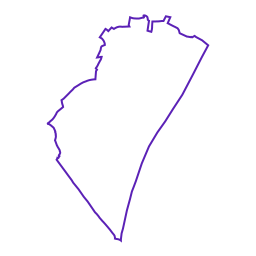 Suan, Atlántico, Colombia (Mercator projection)
{"feature_id": "7082276B14596703895103", "entity_name": "Suan", "entity_type": "district", "adm_level": 2, "iso_a3": "COL", "parent_name": "Colombia", "parent_adm1": "Atlántico", "projection": "mercator", "projection_center": [-74.923, 10.304], "detail": "fine", "context": "isolated", "style": "outline", "palette": "violet", "viewbox_px": 256, "rotation_deg": 0, "n_neighbors": 0, "source": "geoboundaries", "source_scale": "gbopen_adm2", "svg_char_len": 3675}
<svg xmlns="http://www.w3.org/2000/svg" viewBox="0 0 256 256"><path d="M100.7,49.3L100.6,49.9L100.4,50.4L98.9,53.7L98.8,53.9L97.1,57.5L97.9,57.4L98.7,57.3L99.4,57.2L100.2,57.0L100.8,56.9L101.6,56.9L101.2,58.4L100.9,59.3L100.6,59.9L100.2,60.5L99.6,61.6L98.8,63.1L98.1,64.4L97.8,65.2L97.2,66.2L96.9,66.8L96.3,67.5L95.8,68.3L97.0,69.7L96.3,70.6L96.0,71.3L95.4,79.3L93.8,79.4L91.5,79.7L89.4,80.1L87.2,80.8L86.3,81.2L83.3,82.3L80.7,83.7L78.7,85.0L74.3,87.7L72.7,89.6L70.2,92.0L68.9,93.4L65.6,96.7L63.6,98.7L61.5,100.2L61.7,101.0L61.8,101.5L61.9,102.3L62.1,103.2L62.2,103.6L62.4,104.4L62.7,105.2L62.9,105.9L63.0,106.6L63.1,107.0L62.9,107.2L58.0,111.2L57.5,111.7L56.9,112.4L56.5,113.2L56.0,114.3L55.5,115.1L55.0,116.0L54.6,116.6L53.8,117.8L53.4,118.3L53.0,118.8L52.3,119.6L51.6,120.2L51.1,120.6L50.3,121.3L50.0,121.5L49.7,121.9L49.4,122.2L49.0,122.5L48.4,122.8L48.1,123.1L47.8,123.4L47.8,123.7L47.9,123.9L48.1,124.0L48.3,124.0L48.5,124.0L49.1,124.2L49.5,124.4L49.8,124.6L50.2,124.9L50.8,125.3L51.5,125.9L53.6,127.7L54.7,130.0L54.8,130.2L54.8,130.3L54.9,130.5L55.0,130.8L55.0,131.0L55.1,131.3L55.2,131.5L55.2,131.8L55.3,131.8L55.3,132.0L55.4,132.3L55.4,132.5L55.5,133.0L55.6,133.3L55.6,133.5L55.6,133.8L55.7,134.0L55.7,134.3L55.7,134.5L55.8,134.5L55.8,134.8L55.8,135.0L55.8,135.3L55.8,135.5L55.9,135.8L55.9,136.0L55.9,136.3L55.9,136.5L55.8,137.2L55.7,137.9L55.5,138.6L55.2,139.7L55.0,140.3L55.3,141.0L56.8,145.1L56.9,145.5L57.3,146.0L57.5,146.5L57.8,147.1L58.4,148.0L58.9,148.9L59.3,149.5L59.7,150.4L59.8,150.9L59.8,151.3L60.0,151.7L60.1,152.0L60.2,152.8L60.1,153.2L59.9,153.5L59.8,153.9L59.7,154.1L59.5,154.4L59.4,154.6L59.0,155.0L58.9,155.3L58.8,155.5L58.8,156.0L59.0,156.3L59.3,156.4L59.0,156.9L58.0,157.8L57.9,157.8L58.1,158.1L57.1,158.8L56.6,159.7L63.3,168.8L65.9,172.3L68.0,175.2L71.7,180.2L73.2,182.7L78.5,189.2L83.7,196.7L87.7,201.6L91.6,207.3L95.0,212.3L96.9,214.2L97.5,215.0L97.8,215.3L98.8,216.6L99.6,217.8L102.8,221.5L103.0,221.6L105.5,224.4L109.9,229.6L112.3,232.8L113.3,234.0L114.1,235.0L114.6,235.9L114.7,236.5L115.1,238.2L115.0,238.6L116.1,238.9L118.1,239.2L119.8,239.8L120.9,240.6L120.9,239.3L121.6,233.4L123.0,228.5L126.9,210.4L130.0,199.1L131.9,191.5L133.7,186.9L135.8,181.3L141.8,163.4L149.0,146.4L157.4,132.4L165.2,121.4L173.0,109.0L182.3,94.8L193.2,74.0L201.7,57.4L208.2,45.3L202.1,40.3L196.0,37.0L194.6,35.9L192.2,37.3L191.2,36.9L190.9,37.2L188.1,36.7L187.5,36.6L187.4,36.6L187.0,36.6L180.1,33.4L179.9,33.3L179.7,33.2L179.5,32.6L179.1,31.0L178.6,29.7L177.6,28.3L177.1,28.0L176.3,27.6L175.2,27.0L173.3,26.1L169.6,24.2L169.1,23.9L167.7,23.2L170.3,17.2L165.9,16.3L164.7,18.6L164.3,19.4L163.5,21.0L161.8,21.0L160.2,21.2L158.1,21.4L152.4,21.5L152.1,26.1L152.1,27.4L152.0,28.3L151.9,29.3L151.7,30.2L151.5,31.1L151.3,31.8L148.7,31.1L147.5,30.7L149.0,20.8L148.6,20.6L148.2,20.2L147.8,19.7L147.7,19.1L147.7,18.3L147.5,17.7L147.3,17.0L146.7,16.4L146.0,15.9L145.3,15.6L145.0,15.5L144.8,15.4L144.3,15.4L143.9,15.4L143.6,15.5L143.5,15.8L143.6,16.1L143.8,16.4L144.0,16.8L144.0,17.2L143.8,17.5L143.5,17.7L143.1,17.7L142.7,17.7L142.4,17.7L140.5,18.2L139.1,18.5L137.7,18.5L135.9,18.5L134.2,18.4L132.8,18.2L131.4,17.8L130.1,17.3L128.7,25.0L129.4,26.5L122.1,26.8L121.4,26.7L120.7,26.7L120.1,26.6L119.0,26.7L117.8,27.0L117.1,27.2L116.0,27.7L115.3,28.1L114.1,28.7L113.9,28.9L111.6,27.5L108.3,31.1L107.8,30.6L106.9,29.8L106.2,29.3L105.5,28.9L102.8,32.9L99.8,37.3L100.5,37.7L101.3,38.2L102.0,38.6L102.7,39.5L103.4,40.4L103.8,41.1L104.1,41.8L104.4,42.5L104.7,43.5L104.8,44.1L104.8,44.7L104.8,45.0L104.5,45.1L104.2,45.2L103.5,45.5L102.8,45.8L102.3,46.0L101.9,46.2L101.6,46.4L101.3,46.8L101.1,47.4L100.9,48.0L100.8,48.6L100.7,49.3Z" fill="none" stroke="#5b21b6" stroke-width="2"/></svg>